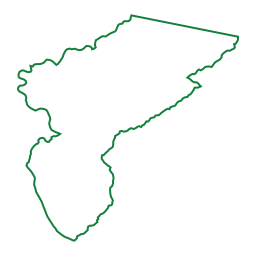 the district of Acorizal, Mato Grosso, Brazil
{"feature_id": "56859067B96273664135560", "entity_name": "Acorizal", "entity_type": "district", "adm_level": 2, "iso_a3": "BRA", "parent_name": "Brazil", "parent_adm1": "Mato Grosso", "projection": "orthographic", "projection_center": [-56.306, -15.194], "detail": "fine", "context": "isolated", "style": "outline", "palette": "green", "viewbox_px": 256, "rotation_deg": 0, "n_neighbors": 0, "source": "geoboundaries", "source_scale": "gbopen_adm2", "svg_char_len": 4002}
<svg xmlns="http://www.w3.org/2000/svg" viewBox="0 0 256 256"><path d="M238.0,36.7L131.4,15.4L130.8,17.1L130.4,19.6L128.6,21.1L126.2,21.3L124.7,21.1L123.3,21.9L122.4,23.6L120.0,24.0L118.4,24.8L117.2,27.2L116.6,28.9L115.9,30.6L114.6,31.7L111.7,32.8L109.6,33.9L107.6,35.2L106.0,36.4L104.1,36.4L102.5,36.2L101.2,36.9L99.4,38.0L97.7,39.2L95.9,40.2L95.4,41.9L95.1,43.4L95.0,45.5L95.7,47.4L93.8,48.8L92.1,49.3L91.6,47.6L90.4,46.6L88.5,46.1L86.3,46.0L85.2,47.1L83.5,48.7L81.2,50.0L78.9,50.1L77.4,49.7L75.2,48.8L73.3,48.9L71.8,49.3L69.8,48.6L67.2,49.2L65.5,50.7L64.4,52.9L63.6,54.2L63.1,56.0L62.4,57.8L61.2,59.3L60.3,61.1L59.2,62.3L57.9,64.0L56.3,64.9L54.4,63.0L52.7,61.5L51.0,60.4L49.0,59.9L46.9,59.6L45.4,60.8L44.2,62.4L42.3,63.4L40.3,64.0L38.0,64.1L35.4,64.2L33.8,64.9L32.7,66.6L30.5,65.9L30.9,68.4L31.5,70.3L30.7,71.7L28.8,72.1L27.1,71.9L25.7,71.3L23.9,70.6L22.4,70.3L19.6,71.7L18.6,74.1L18.5,76.3L19.2,77.6L21.4,78.7L23.9,79.4L25.9,81.1L26.2,83.0L24.8,84.6L22.6,85.5L19.9,85.7L18.3,87.3L18.0,89.3L19.0,91.1L20.3,92.0L22.6,93.1L24.2,94.1L25.6,95.4L26.3,97.7L25.8,100.3L26.6,102.1L26.9,104.2L27.9,105.7L29.4,107.2L31.5,108.6L35.4,110.6L38.0,109.4L40.3,108.6L42.8,108.8L44.3,109.1L46.6,110.2L47.9,112.5L48.9,115.0L49.8,116.9L50.3,119.1L49.7,121.1L49.2,123.7L49.6,125.4L50.3,127.5L51.5,129.9L53.5,131.0L56.1,132.3L57.9,132.9L60.1,133.9L58.7,134.9L57.0,135.8L55.5,136.3L53.6,136.2L51.4,137.3L51.6,139.1L50.1,140.1L49.0,141.9L47.3,141.9L45.5,140.8L44.3,138.5L42.4,137.8L40.1,138.3L38.3,140.1L38.7,142.3L37.8,143.6L36.3,144.0L34.4,145.7L33.0,147.3L31.8,149.0L30.8,151.4L30.9,153.8L30.0,156.5L29.8,158.2L29.2,160.2L28.7,162.1L27.3,163.1L26.5,165.5L27.8,167.7L29.1,169.1L30.7,170.8L32.1,172.9L33.5,175.2L34.6,177.2L34.9,178.6L34.6,180.2L34.4,181.8L34.1,184.2L34.5,186.0L35.4,188.6L36.1,191.7L37.1,193.7L38.3,195.7L39.4,197.5L40.2,199.1L41.2,200.8L42.2,203.2L43.1,205.5L43.6,206.9L44.2,208.5L44.9,210.2L45.5,211.6L46.0,213.1L46.7,214.8L47.7,217.0L49.2,219.4L51.2,222.5L52.3,224.2L53.7,226.5L55.5,228.4L56.8,230.9L58.7,232.5L60.6,233.9L62.1,235.1L64.7,236.8L69.7,238.8L73.0,240.4L74.5,240.6L76.0,239.3L77.0,237.9L77.2,236.3L79.0,235.4L81.0,234.2L83.3,233.9L84.9,232.8L86.1,231.5L87.6,230.3L87.7,228.7L88.2,226.5L90.1,225.7L91.9,225.7L94.0,225.0L95.8,223.4L97.5,222.0L96.9,220.3L98.4,219.0L97.8,217.4L99.1,216.2L100.5,214.4L102.9,213.4L104.7,212.0L106.3,210.0L108.1,207.8L108.6,205.7L110.1,205.5L111.5,205.1L112.3,203.8L112.3,202.2L112.9,200.5L111.9,198.3L111.1,197.1L110.7,195.6L110.3,193.4L110.1,190.8L110.1,189.2L110.4,187.6L112.2,186.0L113.0,183.4L113.1,180.7L113.6,178.1L112.9,174.4L111.0,171.9L109.7,169.8L110.6,167.5L109.1,166.2L107.7,165.5L106.1,164.0L104.1,162.4L102.8,160.2L101.8,159.1L101.7,157.5L102.0,155.3L103.7,155.1L105.0,153.6L106.6,152.2L108.2,150.6L109.5,149.1L111.4,148.1L112.7,146.9L113.2,145.0L113.2,143.2L113.3,141.6L114.0,139.6L115.0,137.8L115.1,136.0L116.9,135.0L118.3,134.1L119.5,133.3L119.8,131.5L121.7,130.9L123.5,131.6L125.9,131.3L127.6,130.6L128.9,129.3L131.0,128.2L133.7,129.0L135.9,128.0L137.3,126.8L139.1,126.2L141.2,127.0L142.1,125.6L143.9,124.8L145.1,123.3L146.3,121.4L147.8,121.6L149.4,120.3L150.1,118.6L152.0,117.7L154.1,117.4L155.6,115.5L157.1,115.3L158.8,115.2L160.1,114.1L161.3,112.9L163.8,111.1L165.9,109.6L167.9,108.7L169.5,109.2L170.2,107.4L171.6,106.8L173.3,106.2L175.2,105.6L176.8,103.1L178.3,101.7L179.6,101.1L181.3,100.6L182.2,99.1L183.9,97.8L185.5,97.2L187.4,97.0L188.5,95.3L190.6,94.2L192.2,92.1L193.1,90.7L194.0,89.1L194.7,87.7L196.4,87.6L198.0,87.6L200.8,86.4L199.0,84.5L198.1,83.3L196.4,82.2L194.2,82.4L192.5,81.4L190.3,79.4L188.8,78.2L187.4,77.6L189.2,76.0L190.4,75.1L192.4,74.0L194.7,74.1L196.0,72.8L197.6,70.4L199.0,69.5L200.9,70.4L202.6,69.3L205.4,66.9L208.4,66.4L211.6,67.0L213.2,64.9L214.3,63.2L216.1,61.6L218.1,60.6L220.1,59.3L221.6,57.3L221.7,55.2L223.2,53.5L224.9,52.1L227.1,50.7L230.0,50.7L231.9,49.5L233.4,49.0L234.8,47.6L234.6,45.8L234.1,44.1L235.6,43.8L236.7,42.1L237.8,40.3L238.0,38.7L238.0,36.7Z" fill="none" stroke="#15803d" stroke-width="2"/></svg>